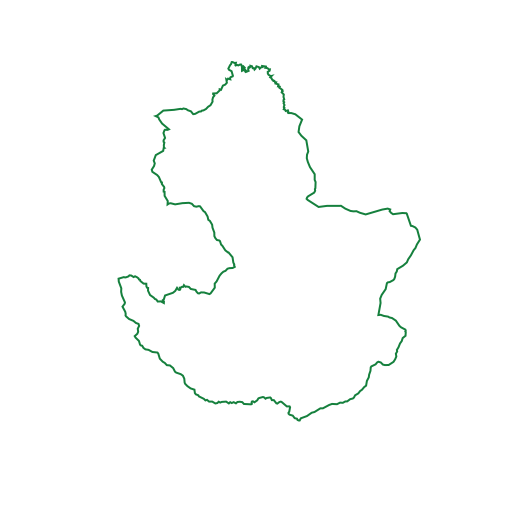 the district of Piñas, El Oro, Ecuador, rotated 53°
{"feature_id": "8360857B66952763601704", "entity_name": "Piñas", "entity_type": "district", "adm_level": 2, "iso_a3": "ECU", "parent_name": "Ecuador", "parent_adm1": "El Oro", "projection": "mercator", "projection_center": [-79.823, -3.71], "detail": "fine", "context": "isolated", "style": "outline", "palette": "green", "viewbox_px": 512, "rotation_deg": 53, "n_neighbors": 0, "source": "geoboundaries", "source_scale": "gbopen_adm2", "svg_char_len": 6123}
<svg xmlns="http://www.w3.org/2000/svg" viewBox="0 0 512 512"><g transform="rotate(53 256 256)"><path d="M83.9,251.9L86.6,250.5L88.7,251.1L93.7,251.3L102.4,249.3L102.0,250.8L100.4,252.7L100.5,253.4L102.1,255.9L107.0,257.6L108.0,260.2L109.2,261.1L110.2,260.9L112.0,262.9L113.9,264.2L114.5,264.1L114.2,264.7L116.2,266.9L115.1,275.3L118.3,280.3L121.1,281.1L122.8,283.3L124.3,287.3L126.4,288.1L131.9,286.2L134.4,286.0L140.2,287.4L140.7,286.9L142.0,287.9L145.5,287.8L146.6,288.3L147.5,289.9L149.0,291.0L149.7,290.4L153.0,292.8L159.0,293.4L161.6,295.6L161.7,293.9L162.5,292.4L166.1,289.5L169.5,283.0L173.2,277.5L175.7,275.8L178.9,275.5L180.7,274.0L181.8,271.6L182.7,270.8L188.6,270.9L190.3,270.3L195.3,270.9L198.4,272.3L200.2,271.7L204.6,272.2L207.2,273.7L212.2,275.2L215.1,277.3L217.2,277.7L219.7,277.6L221.5,276.0L222.4,275.8L225.9,277.0L227.5,276.7L233.0,277.1L236.4,276.2L236.6,275.8L242.9,275.5L247.7,278.1L249.6,278.4L250.0,279.0L251.9,279.5L251.5,281.9L249.7,284.6L249.0,286.4L249.5,289.3L248.9,291.5L249.1,294.0L249.8,296.9L252.6,302.8L253.2,305.6L256.5,308.0L258.5,314.7L258.4,316.1L253.9,319.4L252.0,321.8L251.7,324.0L250.8,324.8L248.5,325.0L246.7,324.7L243.1,327.9L240.3,328.2L238.5,329.9L238.1,330.9L235.9,331.1L236.8,332.8L236.0,333.8L236.1,334.7L235.5,335.8L236.9,336.4L237.2,337.3L236.3,338.2L233.9,338.2L235.3,341.5L235.4,344.5L232.8,352.4L235.1,355.6L235.2,357.0L236.9,356.9L238.1,357.9L235.0,359.3L233.2,361.9L230.8,361.8L229.5,362.6L227.8,362.7L223.4,364.1L218.7,363.1L216.6,361.4L215.7,362.1L214.3,361.8L212.1,360.3L210.4,362.4L206.4,363.4L205.2,363.0L204.3,363.6L203.2,363.3L201.4,363.8L199.4,364.8L199.2,366.4L196.5,367.4L195.3,368.7L195.5,370.3L194.9,372.3L194.4,373.4L193.3,374.3L191.4,379.4L193.9,381.0L200.7,383.0L203.5,385.3L206.9,386.9L214.2,388.6L215.1,389.6L216.1,393.1L221.9,394.0L223.8,394.9L225.0,396.0L226.0,396.1L229.9,395.3L234.1,392.9L237.2,392.2L239.5,390.7L241.5,391.4L242.9,394.2L245.6,395.7L246.7,397.6L247.0,401.1L248.7,401.3L253.4,400.6L256.9,401.9L257.9,401.9L259.2,400.9L261.7,401.2L264.0,400.5L266.3,398.3L270.3,396.5L273.8,392.8L275.2,392.8L280.1,394.6L284.3,394.1L286.5,393.2L289.5,392.9L291.6,390.6L295.7,389.6L299.6,390.3L301.1,389.9L305.1,387.2L307.6,386.4L310.8,387.1L314.2,389.2L315.4,389.5L318.6,389.1L322.4,387.9L325.7,385.6L328.7,387.3L330.3,387.3L332.5,385.9L333.7,386.1L338.7,383.6L340.9,383.3L341.4,381.7L344.0,381.1L345.9,378.6L349.3,377.2L350.2,375.3L349.9,373.5L351.5,372.8L351.9,371.2L354.3,367.5L357.4,366.4L357.2,364.6L358.8,363.9L359.3,361.8L361.6,360.7L361.4,358.7L362.7,356.6L364.5,354.9L366.9,354.7L371.5,349.2L371.6,348.3L370.1,347.5L369.8,346.7L370.2,345.9L371.9,345.3L372.0,341.9L371.2,339.9L371.3,339.0L372.8,335.3L373.9,334.6L375.7,334.3L375.8,332.9L377.5,329.8L378.5,329.6L380.6,330.1L381.8,328.5L385.9,328.4L386.7,327.8L386.7,325.2L387.2,323.9L387.9,323.4L394.7,321.9L396.3,319.7L397.3,319.8L400.3,323.1L400.8,324.5L401.6,324.9L402.9,324.7L405.6,322.7L408.8,322.7L410.6,321.2L412.0,321.5L413.2,320.7L413.9,319.3L413.7,319.8L413.3,319.4L412.6,317.9L414.5,311.6L414.7,305.8L415.8,303.2L416.4,296.3L417.9,294.3L419.0,287.2L419.9,284.3L423.1,280.5L423.7,277.1L425.5,275.0L425.9,272.2L427.0,270.7L427.0,267.0L428.1,264.4L428.0,263.0L426.9,260.7L427.3,257.0L426.5,254.1L426.6,251.9L425.8,248.5L425.8,246.1L422.5,242.6L420.8,239.0L418.8,237.0L416.6,233.7L414.0,231.4L413.6,230.3L414.5,225.7L413.9,223.3L414.1,221.9L416.1,220.4L419.1,220.0L420.7,218.7L422.9,215.6L423.3,209.9L422.2,207.0L420.7,204.4L418.2,203.1L417.2,200.7L415.8,200.0L414.7,197.2L412.5,193.6L411.7,190.9L409.8,188.2L409.7,184.6L406.9,182.2L406.2,182.2L405.8,181.4L404.7,181.0L400.2,183.1L398.1,183.5L391.8,183.2L387.4,184.7L385.4,186.4L383.9,187.0L380.9,189.9L378.0,191.8L376.8,193.8L368.5,184.8L364.8,182.5L362.7,179.0L360.5,172.4L356.5,167.8L356.4,166.6L357.3,164.9L357.9,160.8L357.6,159.4L356.2,157.3L353.9,155.1L353.1,152.9L351.5,151.1L352.2,144.5L351.9,139.4L350.2,136.4L348.7,131.9L346.2,126.5L345.6,123.9L343.6,120.5L341.6,115.2L332.0,111.4L329.1,111.6L326.3,113.0L325.1,114.1L312.9,110.1L312.3,110.2L309.7,113.3L305.1,121.4L303.0,122.1L300.6,122.3L299.6,120.8L297.4,122.3L294.9,127.2L288.8,143.4L284.0,147.0L280.7,148.8L279.0,151.3L276.9,153.4L271.9,156.2L267.1,157.9L258.6,169.3L254.5,176.5L242.3,181.0L240.8,181.2L240.0,180.0L239.7,178.4L240.4,171.4L239.5,169.5L238.0,168.7L237.6,167.8L232.8,163.9L230.5,163.3L226.0,159.9L217.5,159.4L212.1,158.0L208.5,156.6L205.8,154.3L204.0,151.4L193.9,146.2L187.2,147.4L182.6,147.4L178.5,143.3L174.8,137.1L166.5,139.3L163.2,141.7L161.3,144.2L160.6,144.2L160.3,143.4L158.9,142.9L158.1,145.0L156.5,144.8L155.5,145.5L154.7,144.1L154.0,144.3L153.2,143.6L152.6,142.4L150.5,142.0L150.1,140.9L148.9,141.0L147.9,140.0L147.9,139.2L145.5,138.3L143.7,136.6L140.8,137.0L140.4,135.5L139.7,135.8L139.1,135.0L135.5,136.1L135.0,135.1L133.8,135.6L133.6,136.1L132.5,134.8L130.0,136.6L129.4,135.4L128.6,136.2L127.2,135.9L126.7,136.8L125.6,136.6L124.9,137.0L123.3,136.6L121.9,137.1L121.6,135.2L121.3,135.9L118.9,136.9L117.5,136.8L116.0,135.8L116.2,133.6L115.3,132.6L114.7,133.4L112.9,133.8L111.4,135.2L111.1,134.2L110.7,134.0L108.0,136.7L109.0,137.2L108.4,138.3L108.6,140.3L106.9,140.0L104.8,141.5L106.0,143.6L106.2,145.0L104.7,144.6L104.0,145.6L102.1,145.0L100.7,146.0L101.5,146.6L101.7,147.7L101.6,148.3L100.8,148.2L100.8,148.6L102.3,150.0L103.7,150.5L102.9,153.5L102.2,153.6L101.8,152.5L100.4,152.6L99.7,155.7L97.6,154.2L99.0,152.4L98.8,151.7L96.6,152.0L96.2,153.3L94.2,152.6L93.5,153.4L93.1,155.5L92.0,156.1L91.6,157.6L91.1,157.6L89.6,155.8L88.9,157.0L87.0,158.0L86.5,158.7L87.7,160.4L88.0,161.9L89.7,165.3L91.0,165.5L93.7,164.3L98.2,166.0L98.5,166.5L97.9,168.7L98.3,169.7L99.4,170.2L97.5,171.6L98.0,173.1L97.0,173.4L100.1,175.0L100.6,177.4L100.0,179.9L102.2,183.9L101.0,184.7L101.9,185.4L102.4,189.5L100.4,192.4L100.8,192.8L102.9,192.7L103.4,194.8L105.0,196.8L106.6,197.8L108.2,201.6L108.0,204.5L108.5,207.4L108.1,210.3L107.3,211.8L107.5,212.8L106.5,214.5L105.9,218.9L105.2,220.4L104.9,220.8L101.3,220.9L98.6,222.7L96.7,223.3L94.5,225.2L94.2,226.7L93.0,227.8L90.0,233.4L84.1,242.5L84.4,250.5L83.9,251.9Z" fill="none" stroke="#15803d" stroke-width="2"/></g></svg>